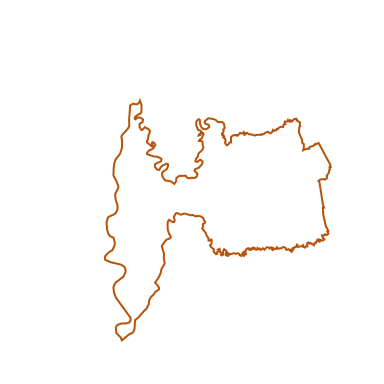 outline of Gualeguay, Entre Ríos, Argentina, rotated 61°
{"feature_id": "61730980B31839589787630", "entity_name": "Gualeguay", "entity_type": "district", "adm_level": 2, "iso_a3": "ARG", "parent_name": "Argentina", "parent_adm1": "Entre Ríos", "projection": "mercator", "projection_center": [-59.609, -33.183], "detail": "fine", "context": "isolated", "style": "outline", "palette": "amber", "viewbox_px": 384, "rotation_deg": 61, "n_neighbors": 0, "source": "geoboundaries", "source_scale": "gbopen_adm2", "svg_char_len": 6072}
<svg xmlns="http://www.w3.org/2000/svg" viewBox="0 0 384 384"><g transform="rotate(61 192 192)"><path d="M86.9,193.3L88.0,194.5L88.7,197.2L88.2,198.6L86.1,200.7L86.3,204.1L98.7,212.2L103.6,214.7L105.4,217.1L108.0,224.7L109.1,226.8L114.7,229.0L119.6,232.0L123.8,236.5L126.5,243.0L129.4,246.2L133.1,248.9L139.5,252.7L146.5,252.9L151.3,253.7L153.0,254.8L155.8,259.3L157.3,260.6L161.4,262.4L168.0,263.7L170.9,265.5L173.3,268.5L173.8,270.5L173.3,276.9L173.7,278.0L177.1,281.5L184.0,284.6L188.5,285.4L191.1,285.0L194.0,282.7L199.2,284.2L201.3,285.8L204.2,289.6L204.5,294.5L205.8,298.6L207.3,300.2L209.2,300.8L213.8,297.4L221.0,289.4L224.5,287.4L227.7,287.7L229.8,289.0L232.8,293.0L234.2,302.8L236.3,306.0L237.6,307.1L241.8,308.9L247.6,309.8L272.3,306.7L274.9,308.3L275.7,310.5L274.9,313.6L272.8,317.5L272.2,320.3L272.2,322.0L273.3,324.1L278.6,326.5L284.6,324.9L287.7,325.3L286.1,316.4L286.0,314.7L286.5,312.7L285.9,311.3L284.5,309.1L276.5,303.9L275.8,299.9L272.3,290.2L272.4,289.0L269.2,284.2L266.0,282.0L263.8,278.7L263.3,276.0L261.5,272.1L261.3,268.3L260.1,267.4L258.3,267.2L253.4,268.2L250.4,262.4L247.8,258.8L244.5,256.0L241.4,250.6L235.9,248.6L232.6,246.5L224.5,244.6L221.6,238.5L221.4,236.8L221.9,233.8L221.5,232.7L220.4,232.1L217.0,232.3L212.5,231.2L207.6,228.6L205.7,226.7L205.3,225.5L209.2,223.4L209.5,221.9L208.1,220.8L205.0,220.1L202.9,216.5L203.2,215.2L206.4,212.8L207.1,209.1L211.9,204.2L212.4,202.5L214.5,201.2L217.0,196.6L220.0,194.8L222.3,195.3L224.5,194.9L225.5,196.3L225.1,197.5L225.4,198.1L227.9,199.3L229.0,200.8L234.4,199.8L237.2,200.3L240.1,200.0L242.4,201.1L243.2,200.1L242.7,198.5L243.5,198.0L246.9,200.2L247.3,202.1L249.0,202.1L252.9,200.7L254.5,201.9L258.0,201.2L258.2,199.8L256.6,199.0L256.5,196.1L255.8,195.9L255.0,196.7L255.0,195.5L258.2,196.5L260.1,195.6L260.7,197.1L261.8,196.9L261.9,195.2L259.0,193.6L257.6,191.6L260.4,190.4L262.5,192.7L263.4,193.0L264.7,192.3L265.3,191.5L264.8,190.3L264.1,189.8L262.9,190.9L262.7,190.3L265.1,188.6L265.7,185.3L267.5,183.5L267.4,182.3L268.1,181.4L269.2,180.6L270.4,181.1L271.0,180.1L271.8,180.0L271.6,178.8L273.0,177.4L272.6,177.1L271.2,178.1L270.0,177.6L269.6,176.4L271.1,176.5L271.3,175.7L272.5,175.5L272.6,174.9L272.0,174.5L271.1,175.3L269.6,174.8L269.7,173.6L268.8,173.2L268.3,171.9L268.3,170.1L269.1,169.5L269.8,170.2L271.0,169.1L271.1,168.0L270.1,167.9L270.3,165.3L271.0,164.6L271.7,165.5L272.0,164.4L273.5,164.1L273.9,162.8L272.8,161.9L273.9,161.6L274.1,160.5L274.8,160.7L275.2,160.0L276.0,159.9L275.6,157.2L277.6,156.6L276.5,153.7L277.6,151.9L278.9,151.6L278.6,151.1L279.0,149.3L280.1,148.4L280.9,150.0L282.0,149.5L281.8,146.7L282.8,145.6L281.6,144.5L283.6,143.7L284.6,140.7L284.3,138.7L286.1,137.3L288.1,137.6L288.7,137.0L288.7,135.4L292.7,133.8L291.9,132.3L290.6,132.6L291.2,131.2L289.9,130.7L290.5,129.4L290.0,128.7L290.5,127.5L288.9,125.7L289.3,125.4L290.6,126.3L291.6,125.7L291.8,124.0L292.5,123.0L292.4,120.5L293.9,121.3L295.3,120.3L294.7,119.2L295.6,117.5L293.3,116.6L292.6,115.8L292.7,114.5L294.1,114.3L294.0,113.1L297.7,111.2L296.2,109.9L296.8,108.7L295.7,107.8L295.7,106.5L294.4,105.3L294.9,104.3L296.0,105.5L297.2,104.7L297.3,104.0L295.9,103.2L297.9,101.3L297.9,100.0L297.5,99.1L295.7,99.9L293.7,99.4L294.4,99.0L293.4,98.2L294.1,97.1L293.5,96.0L295.0,94.8L294.6,92.9L292.0,92.7L292.1,91.6L286.4,91.4L275.5,88.2L269.1,85.1L269.6,84.1L266.5,83.6L245.2,75.8L243.7,76.1L243.3,73.7L244.7,70.4L245.6,69.8L245.5,67.6L244.8,66.7L243.4,66.6L241.2,62.5L239.3,61.4L239.1,60.4L237.1,59.8L237.4,58.5L235.6,58.4L235.4,57.8L210.5,57.5L210.3,61.3L209.8,61.2L210.4,64.0L209.7,67.4L211.0,68.4L209.7,71.2L209.4,74.5L207.2,72.5L204.2,71.0L202.0,71.8L200.4,70.5L191.9,69.7L187.6,67.0L186.9,65.4L185.9,65.5L183.5,63.8L181.6,64.9L180.1,65.1L180.1,65.8L178.4,65.3L177.7,67.7L178.6,69.3L178.2,69.9L178.6,70.6L176.8,71.1L176.6,71.6L177.8,72.5L176.6,73.6L175.7,73.4L176.4,74.4L176.3,75.4L175.4,76.7L176.8,77.9L177.9,77.6L177.7,79.4L179.3,80.9L178.0,82.7L178.0,85.3L178.7,86.5L177.9,87.4L178.9,88.5L178.1,89.4L178.3,90.8L177.0,91.1L178.4,92.8L178.7,95.1L176.1,96.5L175.7,99.0L176.1,100.6L175.7,101.6L176.0,102.7L175.1,103.4L175.2,104.3L173.1,108.2L173.2,109.5L169.8,112.9L169.5,113.9L167.0,115.2L167.2,116.8L166.0,117.2L167.5,117.7L167.3,118.6L164.8,118.3L164.8,120.6L163.6,121.3L164.9,124.6L163.9,125.0L164.1,125.9L163.3,126.2L162.4,128.7L162.8,131.2L167.6,133.8L167.0,135.1L168.1,137.4L168.1,138.7L167.4,139.2L164.9,139.2L163.0,137.5L161.2,137.2L159.7,138.2L159.2,137.1L158.1,137.6L158.1,136.9L157.4,136.8L156.5,137.9L155.2,137.3L155.2,136.1L153.8,134.6L152.7,134.6L151.8,132.3L147.4,130.9L145.3,131.8L143.5,135.4L140.5,136.3L138.4,138.2L135.4,142.0L136.3,146.3L137.3,147.3L139.0,147.1L141.1,145.0L142.6,144.9L143.5,145.4L144.1,148.9L142.5,151.5L140.2,152.3L138.1,152.3L135.6,151.7L132.9,150.2L131.9,150.5L131.5,151.6L132.7,154.3L136.2,156.1L140.7,156.6L142.5,154.8L143.7,154.7L144.7,155.9L145.1,158.0L145.8,158.8L146.1,157.3L145.0,154.5L145.4,153.8L146.9,153.8L149.7,157.3L150.1,160.2L150.8,161.1L152.0,158.9L153.1,158.4L155.4,159.7L158.5,160.4L160.2,162.3L161.4,167.5L164.2,170.2L164.6,171.9L166.4,174.0L167.6,173.8L168.3,172.5L167.7,170.1L168.1,168.7L170.3,168.0L172.3,169.2L174.1,174.2L173.6,177.9L174.2,179.3L175.5,179.6L177.7,178.5L179.1,178.6L180.6,180.2L181.1,181.7L180.7,183.6L179.4,185.3L178.3,188.5L176.9,189.4L174.8,189.6L171.8,195.2L172.1,198.7L175.0,200.9L176.4,203.5L172.4,205.4L168.9,209.8L165.0,210.4L162.3,209.8L160.4,208.5L159.6,202.7L157.7,200.4L156.1,199.5L154.9,200.5L154.6,204.8L155.1,207.0L156.8,210.0L155.5,211.6L152.4,212.3L150.1,211.2L149.6,210.1L150.2,204.3L148.4,202.7L147.1,203.1L144.0,205.7L142.1,208.6L137.0,213.0L136.1,212.5L134.9,209.9L135.2,205.1L133.0,201.2L130.9,201.2L129.2,202.5L130.1,203.7L133.0,203.9L132.8,204.9L127.0,207.3L125.9,206.9L124.3,204.7L121.2,202.5L118.6,199.3L116.4,199.4L112.4,201.8L113.6,205.2L113.5,206.0L112.7,206.3L109.6,206.3L107.4,205.2L106.9,204.5L106.9,201.3L104.8,199.7L102.3,200.8L101.0,202.2L100.5,204.0L101.0,206.2L100.0,206.6L98.7,205.3L98.1,201.4L98.4,199.1L97.6,197.6L91.6,194.0L86.9,193.3Z" fill="none" stroke="#b45309" stroke-width="2"/></g></svg>